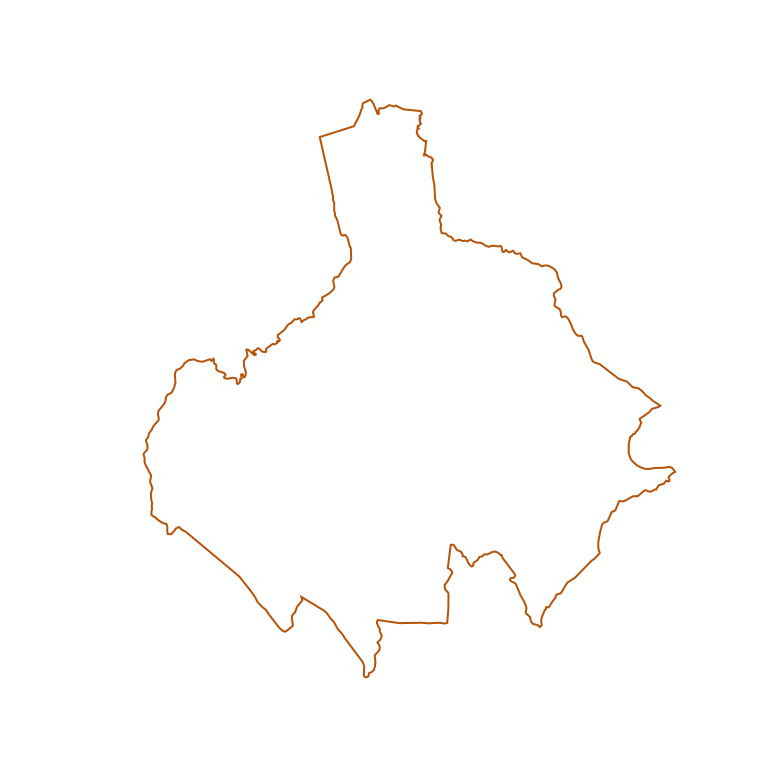 the district of Milange, Zambezia, Mozambique, rotated 344°
{"feature_id": "85939544B24654814708458", "entity_name": "Milange", "entity_type": "district", "adm_level": 2, "iso_a3": "MOZ", "parent_name": "Mozambique", "parent_adm1": "Zambezia", "projection": "equal_earth", "projection_center": [35.856, -16.231], "detail": "fine", "context": "isolated", "style": "outline", "palette": "amber", "viewbox_px": 768, "rotation_deg": 344, "n_neighbors": 0, "source": "geoboundaries", "source_scale": "gbopen_adm2", "svg_char_len": 6166}
<svg xmlns="http://www.w3.org/2000/svg" viewBox="0 0 768 768"><g transform="rotate(344 384 384)"><path d="M538.5,609.8L544.8,606.0L544.7,601.2L546.3,595.3L550.9,585.9L554.8,579.4L556.9,577.9L560.0,577.7L561.7,576.9L567.6,569.8L571.5,569.3L577.5,561.7L578.3,561.4L581.2,562.7L583.1,562.7L592.2,560.5L597.0,561.8L604.8,558.2L606.5,558.4L609.3,560.6L611.7,561.0L615.1,560.0L616.4,560.5L620.1,557.1L625.7,556.9L628.7,554.7L630.4,556.0L631.4,556.1L632.1,554.7L631.8,552.4L632.7,551.3L637.3,549.1L639.7,548.7L638.4,545.1L637.0,543.4L635.2,542.3L629.6,541.6L620.0,539.2L614.9,538.7L611.2,537.3L608.2,535.2L604.9,532.2L601.2,526.2L600.4,523.5L600.2,517.9L602.6,509.5L606.0,502.9L606.7,502.3L607.6,502.5L609.4,501.0L612.0,500.7L612.6,499.6L614.6,498.6L618.0,495.6L620.7,491.7L620.0,489.3L620.2,488.0L631.0,484.3L634.9,481.7L640.9,481.8L643.6,481.0L638.3,474.9L635.2,470.1L632.7,467.3L630.3,462.2L627.3,458.1L622.2,455.7L618.1,448.5L611.3,444.0L596.7,424.2L592.8,421.8L590.9,419.7L590.4,417.5L590.1,407.6L587.8,398.5L587.7,393.1L587.2,392.1L583.8,391.2L582.0,388.5L580.6,383.3L580.2,377.8L579.2,372.5L577.9,369.8L577.0,369.0L573.5,368.7L573.1,367.7L573.8,362.7L573.5,360.4L569.9,356.7L569.6,354.9L572.2,349.8L571.5,346.0L572.3,343.7L577.3,341.5L579.4,341.3L580.8,340.4L581.7,338.9L581.7,336.0L580.6,330.6L580.8,324.4L579.6,320.8L575.3,316.1L572.4,314.6L567.9,314.2L565.5,311.3L559.7,308.8L556.7,304.7L551.6,300.2L551.2,296.0L548.1,295.6L545.9,294.6L544.9,291.4L540.7,292.0L539.4,291.0L538.7,289.1L538.0,288.8L535.8,290.1L534.7,289.9L534.4,289.0L534.7,285.2L534.2,283.5L532.2,283.3L525.7,280.8L522.4,281.0L519.1,278.4L516.7,275.4L511.6,273.3L509.4,271.8L507.0,269.0L503.4,269.8L501.1,268.4L499.0,268.3L496.5,266.1L491.8,266.0L490.5,264.8L489.3,261.2L486.7,259.7L484.9,256.4L481.0,254.8L481.2,250.2L482.8,246.6L482.5,241.7L485.6,238.2L483.6,234.3L486.2,230.2L484.2,224.0L484.2,220.0L487.3,206.3L488.0,198.5L490.2,187.0L490.5,186.9L490.2,185.4L492.9,182.2L492.0,179.5L489.2,177.4L487.6,174.9L486.9,175.5L485.4,175.2L487.7,171.3L491.5,162.1L490.0,161.8L486.1,156.8L486.0,155.8L485.0,154.6L485.3,153.4L484.5,152.2L486.6,147.6L487.8,147.9L487.2,146.0L487.6,145.3L489.2,145.3L489.9,144.2L491.1,144.1L490.9,140.0L491.3,140.0L491.9,137.1L492.4,137.6L492.6,135.9L494.1,135.6L494.9,134.7L494.7,131.9L478.2,125.2L472.0,119.6L471.2,120.0L469.4,119.7L466.2,117.4L459.7,118.9L455.6,117.8L454.0,119.6L453.6,122.8L452.2,122.5L451.2,112.5L450.1,108.0L449.2,106.9L441.2,108.3L439.7,110.7L439.6,112.2L437.8,114.0L434.6,118.8L426.2,127.9L390.3,128.9L387.2,184.4L386.7,186.3L386.9,189.2L385.7,192.9L386.0,196.4L383.9,203.5L383.9,206.4L383.4,208.8L384.3,214.0L383.7,227.6L384.8,229.8L388.0,230.1L389.3,233.2L389.0,241.4L389.5,244.4L387.2,254.1L385.6,256.6L384.3,257.8L380.7,258.8L377.1,261.3L369.8,268.2L366.3,268.0L365.4,268.4L363.5,270.9L363.1,277.0L361.7,279.0L357.7,281.2L351.4,283.2L348.9,283.4L348.0,284.5L348.2,286.0L347.6,287.0L345.0,287.9L342.6,290.1L336.3,294.1L335.4,295.8L335.4,299.8L334.6,300.3L331.4,299.4L328.5,299.4L326.8,300.4L325.1,300.3L321.9,301.7L321.4,297.8L320.7,297.3L318.5,297.8L315.5,297.3L311.8,299.6L308.1,300.5L302.7,304.8L295.5,307.6L294.7,309.8L295.9,311.7L295.9,313.3L295.3,314.0L294.7,314.2L293.8,313.3L293.1,313.4L292.4,315.3L289.4,315.7L288.0,314.8L280.7,317.5L280.1,318.2L279.8,320.2L279.2,320.7L276.0,319.5L273.4,315.1L272.3,314.9L269.7,316.3L267.4,316.3L267.1,317.2L269.1,320.0L268.9,320.5L267.3,320.5L262.7,313.3L261.1,313.1L260.6,319.4L255.5,323.3L254.4,328.4L254.5,334.7L253.0,338.1L251.6,339.1L251.2,338.9L250.8,335.7L249.6,335.3L248.9,336.7L248.8,339.4L247.0,339.7L246.2,342.3L243.7,343.7L242.8,343.1L243.5,339.3L243.3,337.7L240.0,336.2L234.7,335.8L232.2,334.1L232.1,333.1L233.8,332.1L234.2,330.8L233.0,329.0L228.0,325.8L227.2,324.4L226.9,323.2L228.0,320.0L227.6,318.5L226.6,317.9L226.3,317.0L227.3,313.4L226.9,312.7L224.6,314.2L223.4,312.2L215.7,312.6L211.6,310.8L208.0,307.9L202.7,307.3L197.8,309.1L196.1,310.9L192.7,312.8L188.6,313.5L187.3,314.3L186.2,316.1L185.2,318.7L184.0,325.1L181.4,329.4L177.5,333.7L172.4,334.9L170.7,336.8L169.2,340.2L167.2,342.5L159.9,347.6L158.3,350.8L158.2,354.0L157.4,356.6L151.1,360.7L147.9,364.1L144.4,366.8L142.5,370.3L139.8,372.1L139.5,373.6L139.7,377.9L138.8,380.9L137.3,382.7L135.0,383.7L133.4,385.3L133.5,389.2L132.5,392.2L132.3,394.5L134.9,408.1L132.2,413.2L132.7,420.4L129.7,424.8L128.4,430.9L128.2,435.2L127.1,437.0L126.8,439.7L125.3,442.4L124.4,445.7L125.6,447.6L126.9,448.5L130.1,453.5L133.1,456.7L136.3,458.6L136.3,462.0L135.0,465.6L134.8,468.6L138.0,469.8L142.8,466.8L143.8,465.6L147.6,464.9L149.3,468.2L152.9,471.7L191.8,529.1L198.7,545.8L201.4,553.7L202.3,558.5L205.5,564.8L208.4,568.8L209.7,573.3L216.2,589.7L218.8,593.8L221.1,594.9L228.5,591.9L229.9,590.8L231.1,582.7L232.3,580.9L235.8,578.7L238.8,574.4L245.8,569.5L245.9,565.9L263.8,585.2L265.7,588.0L268.3,595.3L270.4,599.3L271.9,606.5L274.8,612.4L276.3,617.6L286.9,645.4L287.2,650.0L284.3,658.4L284.7,660.3L286.3,661.1L287.7,660.9L288.7,660.3L290.0,657.8L292.8,657.5L295.4,656.2L297.4,653.1L299.3,648.3L300.2,642.3L306.2,638.6L307.6,635.2L306.5,630.6L310.2,628.6L312.5,625.3L311.7,620.2L312.5,618.5L311.6,615.2L311.3,611.9L311.9,610.2L313.0,609.2L332.8,618.1L354.1,623.8L361.4,626.5L370.9,628.6L376.7,631.1L378.9,631.1L383.6,618.7L388.1,603.7L388.1,602.1L386.1,598.2L386.5,595.4L387.3,593.5L389.8,591.9L397.4,584.5L397.6,583.1L396.6,580.4L394.6,578.5L403.8,557.1L405.5,557.2L406.7,558.2L408.4,563.6L411.9,566.7L412.6,569.8L412.1,571.3L413.8,572.0L414.9,573.6L415.8,579.7L417.3,583.0L418.2,583.7L419.9,583.0L420.0,581.9L421.1,580.5L425.7,578.9L428.1,576.5L430.9,576.8L433.0,575.4L436.7,576.3L441.3,575.3L444.6,575.7L447.0,577.4L449.3,580.8L450.0,581.0L450.0,583.7L457.2,602.4L457.3,604.1L456.4,605.4L455.4,606.0L452.2,605.5L451.0,606.9L452.1,609.0L455.2,611.6L455.7,613.5L457.0,624.9L458.5,630.9L459.3,636.7L459.2,638.7L457.5,641.9L457.2,643.6L460.2,648.2L459.8,652.2L460.8,655.4L465.6,658.4L466.6,660.6L468.9,659.7L470.0,654.5L471.3,651.7L476.4,645.5L477.9,644.7L478.5,643.2L480.5,643.9L481.5,643.6L485.8,639.6L489.5,637.1L491.6,634.1L496.3,633.9L505.4,625.5L514.1,622.9L534.6,611.2L538.5,609.8Z" fill="none" stroke="#b45309" stroke-width="2"/></g></svg>